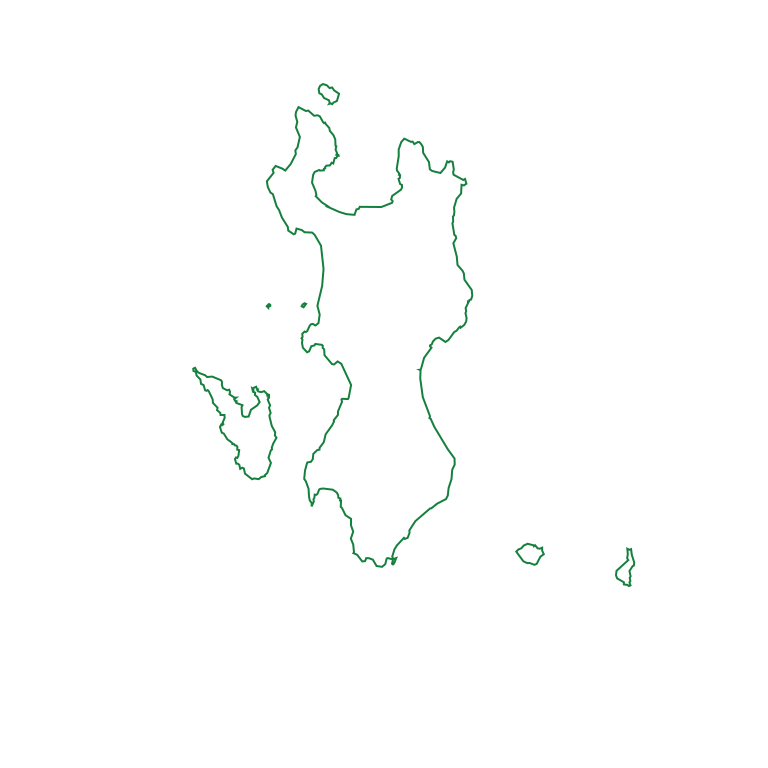 the district of Praslin, Baie Sainte Anne, Seychelles, rotated 242°
{"feature_id": "34574756B43978553392406", "entity_name": "Praslin", "entity_type": "district", "adm_level": 2, "iso_a3": "SYC", "parent_name": "Seychelles", "parent_adm1": "Baie Sainte Anne", "projection": "mercator", "projection_center": [55.728, -4.319], "detail": "fine", "context": "isolated", "style": "outline", "palette": "green", "viewbox_px": 768, "rotation_deg": 242, "n_neighbors": 0, "source": "geoboundaries", "source_scale": "gbopen_adm2", "svg_char_len": 6163}
<svg xmlns="http://www.w3.org/2000/svg" viewBox="0 0 768 768"><g transform="rotate(242 384 384)"><path d="M312.8,264.3L309.9,262.6L313.2,266.8L315.4,267.7L316.2,269.1L318.9,270.9L317.9,272.1L318.2,273.6L321.3,277.3L321.3,278.5L320.3,281.2L314.7,289.2L310.4,291.3L307.6,291.4L304.9,290.3L303.4,291.7L301.9,290.5L301.3,291.4L295.8,288.1L294.3,288.7L286.2,288.4L280.4,291.6L274.8,288.5L268.1,287.5L263.0,282.1L256.8,281.5L249.5,278.5L249.0,277.6L245.8,280.1L237.5,281.5L236.5,284.1L238.6,286.6L237.1,289.1L234.1,291.7L226.8,292.0L223.5,296.4L224.3,300.5L228.6,304.4L228.5,305.7L224.7,309.6L221.6,306.7L220.5,307.2L220.8,308.6L224.6,313.1L225.0,309.9L227.8,310.3L233.2,315.7L235.5,319.8L238.8,329.4L237.4,329.7L237.1,332.7L240.7,336.8L242.8,337.6L248.2,347.3L252.5,366.4L252.0,367.3L253.4,374.7L253.3,384.7L255.5,387.9L261.8,392.2L268.4,399.0L276.2,403.9L279.7,408.6L285.1,411.3L296.2,409.7L322.6,408.3L331.4,408.9L332.5,408.1L334.0,409.5L354.2,412.1L371.9,418.6L378.9,422.7L379.8,422.1L379.4,423.0L380.7,424.5L388.3,431.7L393.8,443.0L395.7,442.3L396.5,442.8L396.5,444.6L398.6,447.3L399.8,450.8L399.1,454.4L392.3,458.0L392.6,461.6L396.9,470.4L397.0,473.2L398.7,476.9L398.9,478.1L397.7,478.1L398.5,482.6L400.6,485.9L403.3,487.8L408.3,489.2L409.8,490.8L412.7,491.7L415.8,496.0L417.5,496.9L416.9,497.8L418.1,499.0L417.7,500.6L420.4,503.3L425.8,505.6L438.3,504.0L444.1,506.4L447.1,506.5L454.6,504.8L462.4,508.1L475.7,511.3L478.9,516.3L481.4,516.8L482.6,516.1L493.9,519.9L494.8,521.3L499.5,523.5L500.0,524.9L503.0,527.0L506.8,528.6L513.4,535.1L516.0,541.5L523.5,546.0L521.8,547.8L522.2,550.8L527.0,551.8L526.9,549.8L536.1,543.7L538.3,544.3L540.7,546.4L548.0,548.9L549.7,546.9L549.2,545.3L550.9,544.3L546.4,539.5L543.8,532.9L549.5,526.5L552.1,525.3L558.8,527.9L569.7,527.1L575.1,529.6L578.1,529.5L581.0,528.8L581.7,527.6L581.6,523.4L584.6,523.1L585.1,521.5L591.1,517.1L589.5,512.8L584.1,507.0L578.3,504.0L568.1,496.3L566.3,495.7L562.7,496.3L561.7,495.4L560.9,496.3L558.5,494.7L558.4,493.2L553.0,492.1L551.3,493.3L549.1,492.2L547.6,490.2L546.2,479.5L543.6,477.0L541.3,477.5L540.2,476.1L541.5,464.8L551.8,445.8L550.5,443.8L551.1,441.6L547.2,437.4L551.6,430.6L557.0,425.2L567.1,417.3L567.0,418.0L573.6,414.4L581.9,411.9L582.5,413.0L586.8,414.2L595.6,415.0L601.9,419.6L603.8,422.4L603.4,427.2L602.5,427.6L600.9,431.2L602.2,432.0L602.0,433.3L603.1,433.7L603.8,435.7L602.4,438.8L603.9,441.7L602.5,442.7L606.6,446.5L606.0,448.0L607.3,450.0L606.8,451.1L607.7,451.2L608.8,449.6L609.7,450.9L613.7,451.3L616.3,453.5L617.0,453.0L622.9,455.8L627.4,456.2L632.9,455.0L635.7,455.9L642.1,454.3L642.5,455.5L642.6,453.5L643.9,453.1L650.4,453.0L652.3,451.7L653.7,448.2L661.0,445.5L661.7,443.2L668.6,438.5L665.4,433.9L662.5,431.9L656.1,430.5L651.9,426.7L641.6,425.7L633.5,418.7L631.9,415.4L628.4,414.1L622.1,405.0L618.8,397.0L621.7,395.5L627.4,390.7L625.4,386.2L622.3,385.7L618.0,375.8L612.6,373.9L606.4,373.6L603.7,375.0L591.3,372.6L586.8,373.0L578.8,372.0L567.8,372.8L564.4,371.5L558.7,374.5L558.5,376.2L562.3,379.7L558.5,383.7L555.3,385.1L551.4,391.7L548.1,392.8L535.7,393.3L513.9,384.6L499.6,375.4L484.3,361.9L475.5,359.8L468.5,354.7L467.9,350.9L470.4,349.4L471.0,347.8L470.4,345.8L466.7,341.0L466.6,339.4L467.6,338.5L466.7,335.4L463.8,334.2L463.1,332.6L461.6,332.9L458.6,330.8L454.1,329.4L448.1,331.0L448.0,333.3L451.5,337.6L450.7,340.7L451.6,342.1L447.8,347.5L446.5,347.9L444.8,346.8L442.6,347.4L437.4,345.0L426.1,347.4L424.7,349.0L425.7,353.6L421.9,355.8L398.6,354.5L388.4,346.3L387.6,345.1L390.6,340.1L390.2,339.1L388.0,338.6L381.4,330.5L378.3,328.8L375.6,322.6L374.5,322.4L372.0,319.0L367.0,308.9L360.8,303.4L358.0,297.3L356.3,296.2L357.0,294.2L355.5,288.8L351.0,285.8L349.6,282.9L350.7,279.7L350.1,278.7L344.6,273.6L337.7,269.0L334.6,269.3L326.9,268.2L319.7,264.9L316.0,263.8L312.8,264.3ZM383.0,216.2L382.3,217.6L380.6,218.3L376.6,217.2L376.6,219.6L375.3,220.6L370.1,219.2L361.8,222.9L361.6,225.0L358.8,228.7L359.5,231.9L358.5,235.7L359.4,236.0L360.2,239.1L367.4,247.1L373.1,247.4L378.5,252.9L378.8,254.4L380.5,255.0L383.4,258.2L387.0,263.8L389.8,263.5L392.5,265.3L399.5,265.2L408.6,267.5L410.1,268.1L411.6,270.3L417.0,271.3L418.6,273.4L424.9,274.0L425.9,276.1L428.4,277.4L429.3,276.7L428.5,275.6L430.3,276.0L433.9,274.9L434.5,271.7L436.5,269.5L437.8,269.2L438.5,270.2L439.1,269.5L441.6,269.8L441.8,266.7L440.7,266.2L442.0,265.6L438.6,264.7L436.9,266.2L434.9,264.9L432.1,266.1L426.4,265.7L424.6,261.9L423.7,254.4L418.8,249.2L420.4,245.5L422.1,244.3L424.0,244.5L430.3,247.3L431.7,249.1L436.6,244.7L438.0,244.8L438.1,245.6L439.2,244.6L441.0,244.6L441.4,247.0L442.0,245.7L447.4,242.7L449.3,244.4L451.7,244.6L452.1,242.5L456.1,239.8L459.5,240.5L461.9,242.0L463.8,241.9L471.2,235.8L473.2,231.1L475.7,230.2L480.7,225.8L483.4,224.8L487.0,224.8L487.1,222.8L485.0,221.9L483.0,223.6L479.5,222.5L474.2,224.0L470.0,222.5L467.8,224.2L462.3,223.1L461.3,224.2L461.4,225.4L459.7,225.9L450.8,225.5L447.7,224.1L441.1,225.9L439.3,224.3L435.3,225.9L433.4,225.1L431.5,228.6L428.9,227.4L425.9,223.7L423.8,223.2L423.7,221.5L424.7,221.4L423.1,219.0L417.2,217.9L415.4,219.3L408.8,219.7L403.0,222.4L402.1,221.9L401.3,223.4L399.9,223.5L398.9,224.8L397.2,225.0L394.9,223.6L393.6,225.1L388.9,221.7L387.6,219.8L388.6,218.9L387.8,217.2L383.0,216.2ZM173.9,422.1L162.1,423.8L158.7,426.3L157.6,428.5L153.7,432.0L153.5,434.4L158.1,441.0L158.7,445.2L162.5,445.4L165.2,446.8L165.4,444.3L166.8,442.5L170.7,441.7L170.3,440.2L171.5,440.2L175.5,435.8L175.8,431.5L174.5,428.2L174.8,424.8L173.9,422.1ZM109.9,501.6L106.1,499.0L102.9,498.6L96.3,502.7L94.4,501.7L92.3,504.7L90.7,505.3L90.5,507.1L93.7,507.6L94.4,509.0L97.5,510.0L98.5,511.5L103.6,512.9L106.5,518.1L106.4,519.4L108.8,521.1L116.8,522.6L122.2,524.6L122.4,522.9L124.3,521.5L119.3,519.4L116.1,516.9L113.8,517.0L109.9,501.6ZM675.0,464.7L671.0,463.4L669.0,465.0L664.7,465.3L660.3,468.6L657.5,468.0L657.1,467.2L656.7,468.8L655.4,469.6L656.2,471.5L656.0,475.3L661.4,480.6L666.6,477.8L670.2,477.4L670.8,474.9L674.7,473.7L677.5,470.8L677.2,467.4L675.0,464.7ZM491.3,352.8L492.6,351.8L492.4,349.5L491.3,347.8L489.5,349.0L491.3,352.8ZM507.8,317.0L505.6,317.6L506.4,318.1L506.3,320.3L507.2,320.7L508.6,320.0L507.8,317.0Z" fill="none" stroke="#15803d" stroke-width="2"/></g></svg>